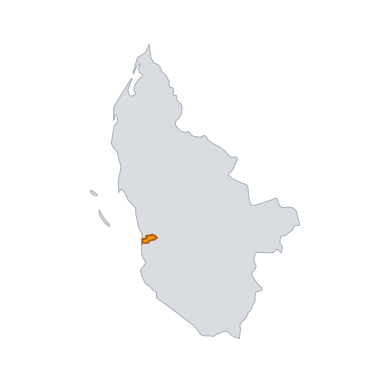 location of San Francisco, Atlántida, Honduras, rotated 259°
{"feature_id": "27666195B12880656557631", "entity_name": "San Francisco", "entity_type": "district", "adm_level": 2, "iso_a3": "HND", "parent_name": "Honduras", "parent_adm1": "Atlántida", "projection": "robinson", "projection_center": [-87.027, 15.648], "detail": "fine", "context": "in_parent", "style": "filled", "palette": "amber", "viewbox_px": 384, "rotation_deg": 259, "n_neighbors": 0, "source": "geoboundaries", "source_scale": "gbopen_adm2", "svg_char_len": 5214}
<svg xmlns="http://www.w3.org/2000/svg" viewBox="0 0 384 384"><g transform="rotate(259 192 192)"><path d="M344.8,178.1L332.1,177.3L326.1,179.0L323.5,182.9L321.3,184.7L319.4,184.3L315.6,185.8L309.9,189.3L304.7,190.6L300.1,189.8L298.8,190.6L298.4,191.8L297.7,192.9L295.9,193.5L293.9,193.2L291.6,191.9L290.3,192.5L290.2,194.7L289.0,195.3L286.6,194.3L284.0,195.1L281.0,197.8L276.9,198.4L271.5,196.8L267.4,193.9L264.5,189.5L261.0,188.4L254.8,191.7L252.3,195.4L251.7,197.7L252.3,199.8L251.2,201.2L248.3,201.9L246.2,204.5L244.7,208.9L244.4,212.3L245.3,214.7L243.9,216.5L240.1,217.6L235.7,221.4L230.7,227.9L225.6,232.4L220.6,235.0L218.1,237.9L218.3,241.0L218.0,242.0L217.1,242.4L215.4,242.8L205.7,236.0L202.9,231.2L200.5,231.9L197.4,234.3L193.2,239.7L188.6,247.0L186.3,247.8L174.8,246.7L168.7,247.3L167.5,248.3L166.9,251.0L167.3,254.6L168.9,267.4L169.9,272.7L169.0,274.3L165.9,274.6L161.8,275.3L159.6,277.7L159.1,280.2L158.9,283.7L157.6,287.3L155.1,289.9L152.7,290.8L139.0,291.5L139.2,285.6L135.2,283.2L133.0,278.2L131.0,274.9L131.7,272.8L131.5,270.5L125.9,268.6L120.7,270.1L117.7,269.1L115.5,267.9L119.3,264.9L119.5,263.1L118.3,261.8L117.1,261.0L117.4,257.7L118.2,253.7L120.3,244.6L119.6,243.0L116.1,240.2L111.6,239.9L106.8,240.8L104.4,239.4L102.4,236.2L98.9,234.7L92.7,237.3L86.2,241.0L84.2,242.4L82.5,242.2L81.8,239.4L81.5,236.0L81.1,235.2L77.6,234.0L73.5,233.2L71.4,232.2L69.5,230.0L64.6,227.0L63.5,224.8L57.1,219.8L55.7,217.3L54.3,215.5L51.1,213.2L48.7,213.7L40.5,210.9L39.2,210.6L40.4,208.1L43.0,204.2L48.6,199.9L49.1,196.4L47.7,189.6L46.2,185.3L47.0,183.3L48.8,175.5L50.1,173.7L58.3,169.7L59.1,169.2L65.6,163.6L72.7,157.4L80.2,150.6L88.5,143.1L93.1,138.6L95.2,136.7L100.0,138.3L103.7,134.7L105.9,133.5L111.0,129.2L112.6,128.2L121.1,126.5L125.2,126.5L128.8,130.9L131.7,133.3L137.0,131.2L141.5,130.8L160.2,134.8L167.6,133.0L181.1,132.6L187.2,133.6L195.9,127.9L201.4,126.7L207.9,124.1L207.0,121.3L205.5,120.1L215.4,121.3L230.2,127.1L245.9,126.0L251.5,122.9L255.2,122.0L271.3,128.0L275.6,132.6L278.9,133.0L281.5,132.0L282.2,131.0L279.0,130.0L277.6,128.6L290.3,131.4L314.2,153.1L314.8,154.9L304.5,148.5L299.1,149.0L297.7,150.0L298.0,153.5L298.5,155.2L300.9,155.4L302.6,154.4L306.8,155.6L309.6,157.9L313.0,161.5L315.0,165.3L317.2,165.4L319.4,163.1L323.4,162.8L326.1,165.4L328.0,165.2L325.3,161.2L319.2,157.2L320.6,157.0L334.3,164.2L338.2,173.3L341.4,175.4L344.8,178.1ZM184.1,100.1L176.2,104.5L173.8,104.5L177.4,101.1L183.2,98.1L188.1,96.7L192.2,97.3L184.1,100.1ZM211.1,95.5L207.3,98.7L206.6,97.2L208.4,94.2L210.7,92.5L212.9,92.7L212.4,94.0L211.1,95.5Z" fill="#d9dde1" stroke="#a8b0b8" stroke-width="1"/><path d="M153.6,149.0L153.7,148.9L153.8,148.9L154.0,148.9L154.3,148.7L154.5,148.5L154.5,148.3L154.7,148.2L154.9,148.1L155.1,148.0L155.2,147.9L155.3,147.9L155.5,147.4L155.6,147.2L155.8,147.2L155.9,146.8L156.0,146.8L156.1,146.7L156.4,146.5L156.5,146.8L156.6,146.6L156.8,146.5L156.9,146.3L157.3,145.9L157.3,145.7L157.5,145.6L157.8,145.4L157.9,145.1L157.9,144.9L157.8,144.7L157.6,144.4L157.5,144.2L157.3,144.1L157.2,144.0L157.2,143.9L157.3,143.8L157.4,143.7L157.6,143.6L157.5,143.4L157.5,143.2L157.4,143.1L157.3,142.9L157.4,142.6L157.2,142.4L157.2,142.1L157.3,142.1L157.4,141.9L157.2,141.7L157.3,141.5L157.4,141.4L157.5,141.4L157.4,141.2L157.5,141.1L157.4,141.0L157.4,140.9L157.5,140.9L157.6,140.6L157.3,140.5L157.2,140.5L157.2,140.4L157.3,140.4L157.5,140.3L157.5,140.2L157.6,139.8L157.6,139.7L157.6,139.4L157.7,139.2L157.8,139.0L157.8,138.8L157.8,138.6L157.7,138.4L157.3,138.5L157.1,138.6L156.8,138.7L156.7,138.7L156.5,138.8L156.4,138.7L156.2,138.8L156.1,138.7L156.0,138.8L155.9,138.8L155.7,138.7L155.6,138.8L155.4,138.8L155.4,138.7L155.4,138.4L155.4,138.2L155.2,138.3L155.1,138.2L155.1,137.9L155.2,137.7L154.9,137.7L154.9,137.4L154.9,137.2L155.0,137.1L154.9,137.0L155.0,136.9L155.0,136.7L155.1,136.4L154.9,136.4L154.8,136.2L154.7,135.9L154.6,135.7L154.8,135.5L154.8,135.4L155.0,135.4L155.0,135.1L155.6,134.9L155.6,134.7L155.4,134.4L155.2,134.3L154.7,134.0L154.3,134.1L154.2,134.1L153.8,134.1L153.5,134.1L153.3,134.1L152.7,134.0L151.8,133.7L151.6,133.7L151.4,133.6L151.1,133.5L151.3,133.8L151.5,133.9L151.7,134.1L151.8,134.1L152.0,134.1L152.1,134.3L151.9,134.4L151.7,134.4L151.7,134.5L150.8,136.0L150.8,136.3L150.8,136.6L150.7,136.7L150.7,136.8L150.7,137.0L150.6,137.4L150.6,137.5L150.3,137.8L150.4,138.0L150.5,138.0L150.5,138.3L150.3,138.6L150.3,138.8L150.4,139.0L150.5,139.0L150.6,138.9L150.7,139.0L150.8,138.9L150.9,139.0L151.0,139.0L151.0,139.3L151.0,139.5L151.3,139.6L151.4,139.4L151.5,139.3L151.6,139.5L151.6,139.8L151.7,140.0L151.8,140.1L151.8,140.3L151.8,140.5L152.0,140.7L152.0,140.8L151.9,140.8L152.0,140.9L152.0,141.0L152.1,141.3L152.0,141.5L152.1,141.8L152.2,142.0L152.3,142.2L152.4,142.3L152.5,142.5L152.4,142.6L152.5,142.7L152.5,142.9L152.6,143.1L152.6,143.3L152.5,143.7L152.3,144.0L152.4,144.3L152.4,144.5L152.3,144.8L152.5,144.9L152.6,145.0L152.8,145.1L152.7,145.2L152.6,145.3L152.5,145.5L152.8,145.4L152.9,145.5L152.7,145.7L152.7,145.8L152.7,146.0L152.8,146.3L152.9,146.5L153.0,146.5L153.1,146.8L153.2,147.0L152.9,147.2L152.9,147.3L153.0,147.4L153.0,147.5L153.4,147.9L153.5,147.8L153.6,148.0L153.6,148.3L153.5,148.5L153.5,148.8L153.6,149.0Z" fill="#f59e0b" stroke="#b45309" stroke-width="1.5"/></g></svg>